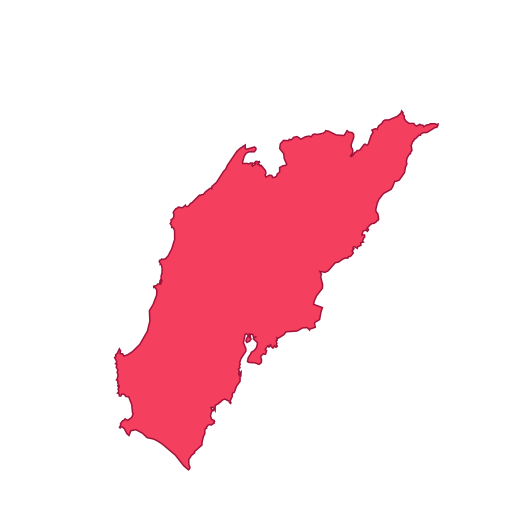 Bangka, Bangka-Belitung, Indonesia (Equal Earth projection), rotated 221°
{"feature_id": "22746128B27585215741432", "entity_name": "Bangka", "entity_type": "district", "adm_level": 2, "iso_a3": "IDN", "parent_name": "Indonesia", "parent_adm1": "Bangka-Belitung", "projection": "equal_earth", "projection_center": [105.919, -1.936], "detail": "fine", "context": "isolated", "style": "filled", "palette": "rose", "viewbox_px": 512, "rotation_deg": 221, "n_neighbors": 0, "source": "geoboundaries", "source_scale": "gbopen_adm2", "svg_char_len": 6087}
<svg xmlns="http://www.w3.org/2000/svg" viewBox="0 0 512 512"><g transform="rotate(221 256 256)"><path d="M334.5,330.0L337.0,332.7L338.6,326.6L339.1,322.5L337.1,305.8L335.8,301.4L336.0,298.7L334.1,285.7L334.9,279.6L333.7,277.9L334.4,278.0L335.1,276.7L336.2,271.5L336.1,267.8L337.5,266.3L337.8,265.0L338.6,264.8L339.3,254.1L339.9,253.0L339.8,249.2L340.4,248.0L342.1,247.3L342.6,247.9L343.2,244.1L346.7,242.0L346.7,240.7L347.5,239.3L347.4,235.7L346.7,234.2L345.2,233.5L343.7,231.5L343.3,229.3L343.9,227.6L342.4,226.4L342.0,224.1L340.1,223.8L338.3,222.2L337.0,223.1L334.2,221.8L328.3,215.2L324.2,205.9L322.4,198.4L322.5,194.4L324.5,191.9L325.2,191.8L325.2,190.7L325.9,189.6L325.3,188.2L323.0,187.6L322.7,186.8L322.2,187.4L321.2,187.0L318.9,185.2L316.2,182.1L314.3,178.4L312.6,176.5L312.3,175.0L311.5,175.9L310.5,175.3L310.3,174.1L311.4,174.1L311.6,173.3L311.2,172.7L309.6,172.7L309.6,172.1L311.7,170.5L311.7,168.6L313.4,166.0L312.5,165.2L312.2,165.8L310.3,165.8L308.5,165.2L305.3,161.2L301.8,151.8L300.6,144.8L293.3,137.1L288.6,127.9L285.7,113.0L286.5,102.8L288.1,97.2L290.2,93.8L292.5,94.7L294.4,93.3L295.8,94.8L295.8,95.5L298.2,96.3L296.9,91.7L297.1,89.4L295.8,88.2L296.1,86.6L292.1,85.1L291.3,83.8L291.3,82.5L289.8,83.0L288.5,80.3L285.4,79.4L284.6,77.2L281.9,75.6L280.0,71.9L280.0,70.9L278.2,71.2L277.3,69.7L275.0,68.3L275.2,67.6L274.6,67.0L273.8,66.8L273.8,67.8L273.4,67.5L272.7,64.9L271.4,64.4L270.4,62.9L270.6,61.7L268.9,62.2L267.3,60.7L266.1,61.7L266.7,63.5L265.8,64.6L264.5,65.1L262.0,64.6L259.7,66.2L252.3,62.3L246.3,56.6L245.2,56.4L243.9,52.5L245.1,47.6L248.0,47.2L247.9,45.1L248.6,44.1L248.3,40.6L247.2,39.6L246.5,37.0L245.7,37.1L245.7,38.4L244.9,39.2L242.3,39.3L236.7,37.2L234.1,37.2L235.8,42.0L232.7,46.1L225.3,47.8L219.0,47.5L212.9,50.8L208.5,51.9L203.1,52.6L186.1,52.8L173.2,50.3L166.7,50.3L166.5,51.6L167.2,53.2L169.8,54.5L173.2,58.3L173.9,63.2L173.2,67.2L174.0,67.7L174.0,68.7L172.8,77.9L174.4,79.8L177.3,85.3L178.1,88.4L180.5,91.1L181.0,93.0L180.3,93.6L181.1,94.7L181.2,96.9L180.0,98.8L178.9,99.0L177.9,102.5L178.8,103.0L178.7,104.0L179.9,104.4L182.0,103.6L185.5,105.4L187.8,110.4L186.8,110.9L186.9,111.8L188.7,110.9L190.6,112.1L190.3,112.8L188.5,113.5L185.5,112.6L188.6,116.2L187.9,119.4L187.2,120.2L187.8,121.2L187.0,122.4L186.8,125.5L185.5,127.7L181.4,128.6L180.5,129.9L181.7,134.2L183.7,136.8L183.0,139.0L185.3,144.9L185.8,150.9L189.5,155.3L191.2,155.2L193.3,158.3L195.1,159.2L194.8,161.2L196.4,162.1L196.9,163.9L198.1,164.5L200.0,168.4L201.2,177.5L202.8,179.4L208.6,182.3L212.8,189.7L212.3,190.9L207.3,191.1L208.7,192.8L210.5,192.4L207.1,194.6L204.0,192.9L203.5,194.5L203.2,194.6L204.0,192.5L203.7,191.7L198.5,191.6L197.2,190.6L195.4,186.6L195.4,183.2L196.4,180.2L195.8,178.9L195.1,174.1L193.2,170.7L191.2,171.2L186.7,174.7L182.6,176.2L182.1,178.5L182.3,179.3L183.5,181.2L186.1,182.8L186.7,184.0L186.2,187.1L184.5,187.9L184.5,188.5L186.0,191.6L187.8,191.5L188.2,195.5L187.8,196.2L186.7,195.7L186.3,196.2L187.0,197.8L186.8,198.7L185.2,197.7L182.8,197.6L182.6,198.4L183.2,200.1L180.9,200.3L180.8,201.9L182.3,202.2L182.8,203.6L185.2,205.2L184.8,206.4L186.5,207.8L185.5,208.0L184.7,210.3L183.3,215.2L183.6,218.0L183.0,219.1L175.9,226.2L173.6,232.4L170.4,235.5L167.2,235.3L167.6,235.8L164.5,241.1L167.7,243.5L167.9,244.9L166.3,249.7L170.3,256.5L172.0,260.6L180.8,257.3L182.6,260.4L184.2,265.7L184.7,275.1L186.7,277.9L193.5,282.7L194.7,285.2L197.7,286.2L193.2,289.0L191.8,292.2L191.8,302.7L189.7,305.7L188.5,310.6L187.2,313.2L185.3,314.6L185.8,316.3L184.8,317.1L184.4,318.4L184.5,321.8L185.1,322.5L186.6,322.6L186.8,325.6L187.8,325.4L188.4,326.9L186.9,328.0L184.6,328.2L185.3,329.8L183.8,332.9L185.7,334.7L184.1,337.0L185.5,337.2L186.6,340.7L186.4,341.7L187.9,343.1L189.9,341.4L191.5,344.9L190.2,347.7L188.2,347.6L188.2,349.5L188.8,350.0L189.8,349.4L190.4,349.8L190.4,353.5L189.9,356.3L188.2,358.4L187.7,360.8L187.9,361.7L187.3,362.6L187.6,364.4L188.4,364.5L188.9,365.6L192.2,368.0L193.5,367.8L195.8,369.2L199.2,375.5L200.4,379.4L200.8,386.7L197.8,394.9L198.3,397.9L200.3,403.3L198.8,404.9L197.7,407.4L198.6,416.3L201.5,421.1L202.5,424.5L204.4,425.8L206.4,429.3L207.0,432.9L206.6,434.7L207.3,435.3L207.5,437.9L211.5,441.4L212.8,445.3L212.5,446.5L212.9,446.8L213.1,448.7L212.6,449.0L212.2,454.3L211.1,455.0L211.6,455.5L211.4,457.0L210.7,458.7L208.0,461.4L205.1,470.6L203.9,471.6L204.4,473.9L205.2,475.0L205.8,473.9L207.9,473.1L211.2,470.2L211.4,469.0L213.3,466.6L214.2,463.6L215.8,464.2L217.8,462.8L218.8,462.9L220.0,459.5L222.1,459.0L223.9,459.6L227.5,456.5L231.1,456.2L234.5,457.1L236.0,459.0L238.2,459.2L239.1,460.7L241.3,461.0L240.4,459.1L240.9,454.4L244.9,446.0L247.9,443.2L248.5,441.3L248.0,438.7L248.8,434.6L247.8,431.0L249.5,430.3L251.2,427.1L248.8,426.1L248.0,421.9L244.8,414.4L244.7,413.0L245.3,412.2L247.1,412.0L247.6,411.0L247.1,404.5L247.4,403.4L248.9,401.8L248.6,400.2L249.3,399.2L249.0,394.9L249.4,393.4L250.3,393.4L250.8,397.5L252.9,399.8L255.3,400.6L257.2,402.4L260.1,409.7L262.3,412.0L264.6,412.1L267.4,410.3L270.1,410.5L269.4,410.1L268.6,404.7L274.8,400.0L283.2,397.8L285.6,396.4L285.3,395.6L285.7,393.0L289.3,388.1L292.1,386.2L292.7,385.0L292.6,382.1L294.6,381.4L297.0,378.3L298.7,373.7L303.3,373.1L305.4,370.4L305.5,366.8L307.5,365.9L307.1,364.4L311.1,361.3L311.2,356.6L308.6,352.6L302.2,351.4L298.7,348.1L292.9,345.3L293.0,343.9L294.8,341.9L296.2,338.2L293.3,335.0L293.8,331.7L293.0,330.2L293.1,328.4L294.8,326.2L297.0,327.1L298.9,325.8L300.3,322.1L302.3,323.1L302.5,324.5L303.9,326.0L305.7,326.8L311.5,327.8L312.2,326.6L313.3,327.3L314.6,326.3L315.2,327.9L314.7,328.9L315.5,329.5L316.6,327.9L317.4,328.1L318.3,327.1L318.3,324.9L316.7,325.5L316.5,325.0L317.6,321.5L318.8,321.8L318.9,323.7L319.5,323.9L321.2,322.5L321.9,320.6L323.3,320.2L326.6,317.2L327.8,318.1L330.4,323.7L330.8,327.1L329.8,329.8L325.6,333.6L325.9,336.5L327.2,337.5L328.7,337.3L333.2,330.3L334.5,330.0ZM209.3,189.9L208.9,187.3L207.9,185.3L206.1,184.8L204.9,187.6L205.2,190.1L206.5,190.7L209.3,189.9ZM190.9,155.5L188.9,155.7L191.3,158.9L191.5,157.0L190.9,155.5ZM179.3,129.1L179.7,128.1L178.5,128.0L178.6,128.8L179.3,129.1Z" fill="#f43f5e" stroke="#9f1239" stroke-width="1.5"/></g></svg>